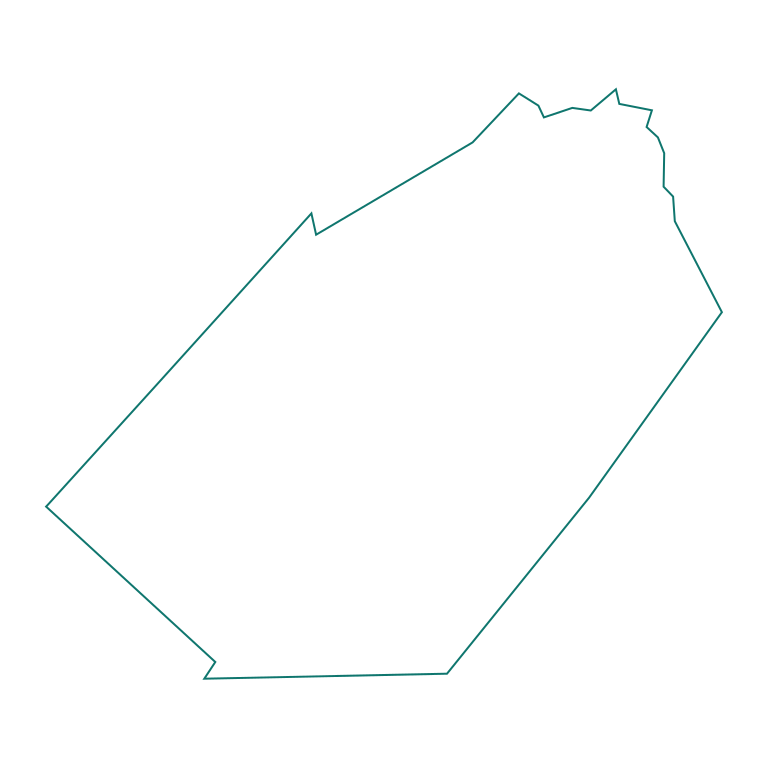 Fayette, Texas, United States of America (Natural Earth projection)
{"feature_id": "52423323B10356189909314", "entity_name": "Fayette", "entity_type": "district", "adm_level": 2, "iso_a3": "USA", "parent_name": "United States of America", "parent_adm1": "Texas", "projection": "natural_earth1", "projection_center": [-96.849, 29.896], "detail": "fine", "context": "isolated", "style": "outline", "palette": "teal", "viewbox_px": 768, "rotation_deg": 0, "n_neighbors": 0, "source": "geoboundaries", "source_scale": "gbopen_adm2", "svg_char_len": 434}
<svg xmlns="http://www.w3.org/2000/svg" viewBox="0 0 768 768"><path d="M48.0,504.6L46.1,506.6L215.3,662.0L204.3,678.7L447.0,673.7L589.0,497.8L721.9,312.2L674.8,221.2L673.1,196.6L663.6,186.7L664.2,153.2L657.9,137.4L646.6,127.0L651.9,110.3L619.3,103.9L615.9,89.3L590.8,110.5L572.3,107.9L543.9,117.4L538.4,105.6L518.9,93.4L472.6,142.4L316.1,234.7L311.4,213.4L157.9,383.4L48.0,504.6Z" fill="none" stroke="#0f766e" stroke-width="2"/></svg>